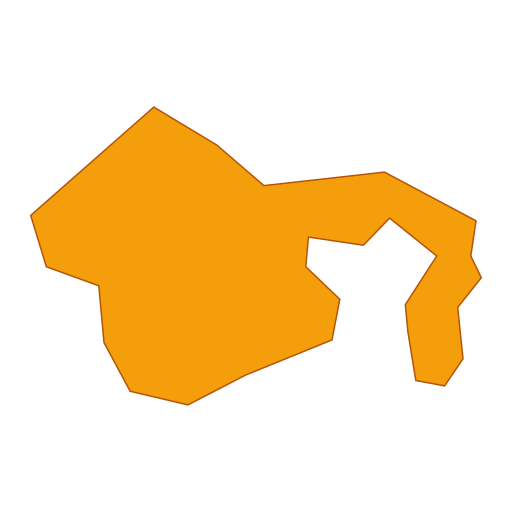 Makati, orthographic projection
{"feature_id": "PHL-5553", "entity_name": "Makati", "entity_type": "Highly Urbanized City", "adm_level": 1, "iso_a3": "PHL", "parent_name": "Philippines", "parent_adm1": "", "projection": "orthographic", "projection_center": [121.053, 14.551], "detail": "fine", "context": "isolated", "style": "filled", "palette": "amber", "viewbox_px": 512, "rotation_deg": 0, "n_neighbors": 0, "source": "natural_earth", "source_scale": "10m", "svg_char_len": 465}
<svg xmlns="http://www.w3.org/2000/svg" viewBox="0 0 512 512"><path d="M444.6,385.9L415.8,380.5L407.9,331.8L405.3,304.7L436.7,256.0L389.6,218.1L363.4,245.2L308.4,237.1L305.8,266.8L339.8,299.3L332.0,339.9L245.5,375.1L187.9,404.9L130.2,391.3L104.0,342.6L98.8,285.8L46.4,266.8L30.7,215.4L153.8,107.1L216.7,145.0L263.9,185.6L384.4,172.1L476.0,220.8L470.8,256.0L481.3,277.7L457.7,307.4L463.0,358.8L444.6,385.9Z" fill="#f59e0b" stroke="#b45309" stroke-width="1.5"/></svg>